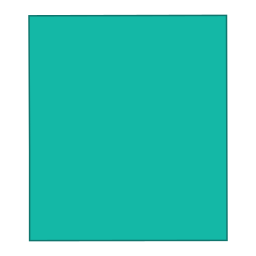 Tama, Iowa, United States of America (Robinson projection)
{"feature_id": "52423323B19470112440240", "entity_name": "Tama", "entity_type": "district", "adm_level": 2, "iso_a3": "USA", "parent_name": "United States of America", "parent_adm1": "Iowa", "projection": "robinson", "projection_center": [-92.546, 42.08], "detail": "fine", "context": "isolated", "style": "filled", "palette": "teal", "viewbox_px": 256, "rotation_deg": 0, "n_neighbors": 0, "source": "geoboundaries", "source_scale": "gbopen_adm2", "svg_char_len": 231}
<svg xmlns="http://www.w3.org/2000/svg" viewBox="0 0 256 256"><path d="M227.0,240.4L226.5,15.4L176.8,15.5L127.7,15.6L29.0,15.8L29.2,60.6L29.6,151.2L29.6,240.6L227.0,240.4Z" fill="#14b8a6" stroke="#0f766e" stroke-width="1.5"/></svg>